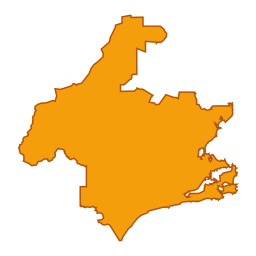 Dunedin City, Otago, New Zealand (Natural Earth projection)
{"feature_id": "76426892B14381320629181", "entity_name": "Dunedin City", "entity_type": "district", "adm_level": 2, "iso_a3": "NZL", "parent_name": "New Zealand", "parent_adm1": "Otago", "projection": "natural_earth1", "projection_center": [170.467, -45.641], "detail": "fine", "context": "isolated", "style": "filled", "palette": "amber", "viewbox_px": 256, "rotation_deg": 0, "n_neighbors": 0, "source": "geoboundaries", "source_scale": "gbopen_adm2", "svg_char_len": 5917}
<svg xmlns="http://www.w3.org/2000/svg" viewBox="0 0 256 256"><path d="M143.0,26.2L143.0,17.2L131.1,17.4L130.9,15.5L130.2,15.4L122.0,16.9L122.0,23.1L115.5,25.2L115.4,27.2L110.1,38.0L110.2,39.1L109.0,42.4L101.2,49.2L103.2,53.3L103.0,56.8L98.5,61.2L93.9,64.7L91.0,68.7L89.2,73.4L81.7,83.2L76.7,84.4L76.5,85.2L74.1,83.6L72.8,84.0L71.9,85.5L71.0,86.0L60.5,89.4L55.1,88.8L56.7,96.0L55.1,101.2L53.2,100.5L45.6,103.0L41.4,103.1L37.6,104.5L35.2,106.3L34.8,109.1L36.3,110.4L34.8,112.0L34.2,115.6L33.2,116.1L32.6,117.9L33.2,120.0L32.6,120.8L32.9,122.9L30.9,126.0L31.3,128.6L27.5,132.3L27.6,133.6L28.4,134.1L28.2,135.6L24.0,137.3L23.1,138.7L23.1,141.3L22.3,141.8L21.7,144.1L19.6,144.9L19.7,146.6L18.7,147.7L19.5,149.0L19.3,149.8L20.3,153.5L22.3,154.0L23.8,155.6L24.0,160.1L23.4,161.1L29.1,163.6L31.7,165.7L36.3,165.0L38.2,161.6L40.7,161.3L44.6,158.9L47.8,159.2L47.9,160.6L49.4,161.6L50.5,160.5L51.9,160.3L53.4,157.9L54.9,157.0L55.4,154.0L54.7,152.9L58.1,148.3L59.1,149.0L62.7,149.2L63.8,150.0L64.6,151.0L64.2,151.7L65.0,152.1L64.6,153.0L66.1,154.8L66.4,156.4L67.4,156.4L67.8,157.6L68.7,157.4L68.6,157.9L70.3,159.6L74.2,158.3L76.8,160.8L77.0,162.6L77.8,163.7L78.5,163.5L82.0,165.5L83.1,165.1L85.4,166.6L86.4,165.9L86.4,186.7L80.2,186.6L80.2,204.3L80.7,205.2L80.1,205.7L80.5,206.4L82.2,206.1L82.0,206.6L84.2,206.6L84.0,207.1L85.8,207.6L87.4,206.7L89.8,207.4L93.6,206.3L94.1,207.4L96.0,207.7L95.4,208.3L96.3,209.8L95.2,210.4L97.6,211.5L97.1,213.1L100.2,212.8L102.2,213.8L103.0,215.5L103.5,218.0L101.9,219.6L97.8,220.3L98.7,222.5L99.8,222.3L102.9,224.7L104.9,225.0L107.8,224.1L110.0,225.4L119.5,240.6L121.5,240.4L122.9,236.8L128.3,228.8L131.6,226.1L133.5,222.9L138.0,217.7L141.1,215.3L147.8,212.6L148.0,211.6L149.2,210.8L162.4,207.4L167.7,207.0L168.7,207.9L170.3,205.7L172.7,205.8L174.8,204.6L175.7,205.0L179.2,204.3L180.3,203.9L180.8,202.7L182.9,202.0L189.8,201.3L190.9,202.0L191.9,201.2L195.9,201.6L197.4,200.7L197.1,201.2L197.8,201.7L206.4,198.4L210.7,198.5L211.7,199.8L213.4,198.2L215.3,198.4L216.1,199.5L217.5,198.6L218.4,200.1L221.2,198.0L223.3,197.7L223.6,196.9L221.7,195.0L221.8,193.3L220.7,193.4L219.9,192.3L219.4,191.1L219.8,190.5L219.1,190.1L218.5,190.5L218.5,189.7L217.3,189.4L218.3,187.9L217.9,185.7L222.6,187.3L223.5,188.7L223.6,190.7L220.7,191.4L222.3,192.9L222.3,194.0L228.5,192.3L231.4,192.7L232.7,194.1L233.6,192.5L234.5,193.4L235.2,193.1L237.3,190.3L235.8,189.7L235.3,188.5L235.6,187.6L237.0,187.0L235.6,185.2L236.8,184.3L230.7,184.5L230.0,185.3L228.4,185.0L224.4,186.6L222.9,186.0L222.7,184.6L222.1,184.4L223.7,182.7L225.4,182.1L230.5,184.1L233.3,184.0L232.9,181.3L233.7,178.0L234.6,176.1L236.5,175.7L235.8,175.1L237.3,173.0L237.2,172.4L236.1,172.7L235.2,170.7L235.5,168.4L236.3,168.5L236.7,168.2L235.9,168.1L235.3,166.0L232.7,164.8L232.5,164.1L231.9,164.9L232.5,166.3L231.3,167.0L232.1,168.0L232.0,169.4L230.9,171.2L223.0,173.2L221.9,174.9L219.7,175.7L220.3,180.8L217.2,182.0L216.4,181.3L216.9,180.4L213.9,178.4L213.5,179.6L215.8,182.5L214.2,182.2L213.6,182.7L213.7,183.4L211.7,183.8L211.9,184.4L209.8,183.8L210.1,184.5L208.2,185.2L205.4,184.2L204.4,186.5L205.0,187.6L204.2,188.4L204.2,190.7L199.4,193.3L190.1,193.6L189.0,194.2L189.2,194.6L187.2,197.3L185.0,195.8L184.8,194.5L185.7,193.8L184.6,193.7L187.9,192.1L187.4,192.0L189.2,191.9L188.7,191.3L194.0,190.3L197.7,188.8L204.0,179.7L205.3,180.2L206.0,179.4L205.0,178.7L206.0,177.4L207.8,177.1L208.5,177.6L208.1,179.3L208.8,179.2L209.9,177.8L209.8,177.0L211.1,177.0L211.1,175.5L210.0,175.7L210.9,174.0L210.2,174.4L210.0,174.0L210.5,174.0L209.7,173.8L211.0,172.8L210.4,172.1L211.0,170.7L214.5,171.1L215.2,169.6L216.1,169.4L216.9,170.5L217.3,169.0L218.3,168.4L219.6,168.9L220.3,167.9L225.3,167.1L226.2,168.0L228.1,166.5L229.7,167.1L230.3,168.1L230.1,167.1L228.1,165.9L228.9,165.1L226.6,163.6L224.7,159.5L223.9,161.1L221.1,160.2L220.4,161.4L218.0,160.8L215.9,159.0L213.1,154.9L211.7,154.8L210.6,155.8L210.7,156.8L212.0,158.5L211.1,158.7L211.6,159.9L210.5,161.7L209.0,160.0L209.6,159.1L208.8,158.9L208.7,157.9L211.2,157.7L210.5,156.9L210.6,156.0L208.5,154.3L208.7,153.7L207.6,154.1L204.4,153.4L203.6,153.9L204.2,154.0L204.2,155.7L202.7,155.2L200.6,157.2L199.0,156.4L198.2,156.9L197.9,155.4L198.6,153.7L198.6,150.3L199.7,150.1L200.0,149.1L199.6,148.8L200.0,148.5L203.0,148.0L204.0,150.1L204.1,152.8L205.3,152.0L205.0,147.3L207.0,143.4L208.1,142.9L208.2,141.7L211.3,140.5L214.3,137.2L216.2,136.4L215.7,135.9L216.7,135.0L215.8,134.2L216.6,132.7L216.6,130.9L218.2,128.9L220.9,128.0L219.9,127.4L217.7,128.4L216.6,127.1L214.8,122.9L217.3,124.7L217.2,126.3L218.5,127.9L217.9,125.8L218.7,123.5L220.3,121.6L222.6,120.3L222.3,119.2L220.1,119.1L220.8,116.5L221.5,116.9L221.3,117.8L222.8,117.6L221.3,118.5L222.0,118.7L222.9,120.2L224.2,120.3L225.3,122.3L231.9,115.9L232.8,113.2L232.4,111.3L232.9,109.6L232.2,108.5L232.5,106.4L232.0,105.2L232.6,105.0L232.0,104.1L232.3,103.0L231.1,103.5L231.3,104.1L229.7,103.0L228.3,103.6L229.8,105.9L212.8,106.0L210.9,108.0L210.7,108.5L211.4,109.0L207.3,110.4L204.4,108.6L202.8,109.4L201.4,108.9L200.5,108.1L200.6,107.0L199.6,106.2L199.0,104.6L196.6,104.4L196.8,102.2L196.3,101.1L196.8,100.1L195.1,96.2L194.9,94.5L195.3,93.8L194.4,93.0L195.4,93.2L194.7,92.2L179.3,92.1L178.2,98.6L176.2,97.5L173.7,97.4L165.9,94.7L159.0,104.4L156.8,104.5L155.5,104.5L154.6,103.1L149.1,102.2L151.1,97.3L152.9,95.4L142.3,89.0L141.1,89.5L136.9,88.1L136.9,88.9L134.4,91.1L120.5,91.4L120.5,84.7L124.3,84.7L129.6,79.7L130.9,79.2L131.8,77.6L131.6,75.6L132.7,74.3L136.8,74.3L136.7,48.4L145.5,51.9L145.5,41.4L156.4,42.2L156.4,43.3L157.6,42.1L160.6,42.5L163.6,40.2L166.2,37.0L166.7,33.6L164.9,31.5L164.1,29.4L160.4,26.2L143.0,26.2ZM200.4,157.2L201.6,158.5L201.9,159.3L201.0,159.1L200.9,158.1L200.4,158.5L200.2,158.6L200.7,158.1L200.4,157.2ZM187.6,197.5L187.9,196.6L189.3,197.0L187.6,197.5ZM213.0,179.7L211.0,179.1L212.0,179.5L211.8,180.0L213.0,179.7ZM210.4,177.9L210.2,178.4L210.5,178.8L210.7,178.7L210.4,177.9Z" fill="#f59e0b" stroke="#b45309" stroke-width="1.5"/></svg>